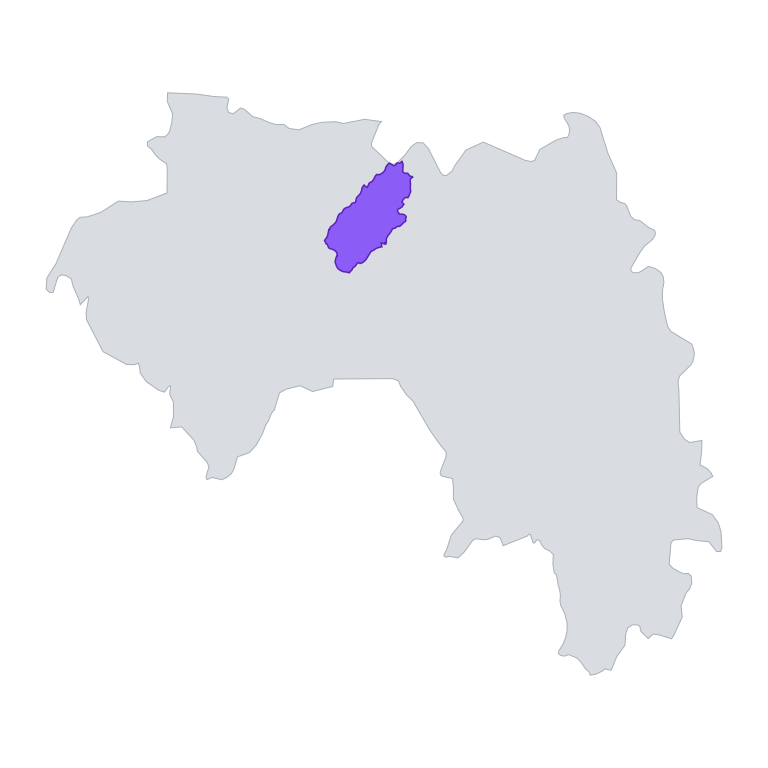 location of Tougue, Tougué, Guinea
{"feature_id": "49546643B49131951551470", "entity_name": "Tougue", "entity_type": "district", "adm_level": 2, "iso_a3": "GIN", "parent_name": "Guinea", "parent_adm1": "Tougué", "projection": "natural_earth1", "projection_center": [-11.477, 11.51], "detail": "fine", "context": "in_parent", "style": "filled", "palette": "violet", "viewbox_px": 768, "rotation_deg": 0, "n_neighbors": 0, "source": "geoboundaries", "source_scale": "gbopen_adm2", "svg_char_len": 6961}
<svg xmlns="http://www.w3.org/2000/svg" viewBox="0 0 768 768"><path d="M483.1,539.8L476.0,538.7L472.8,540.3L463.5,552.9L457.9,557.9L449.2,556.3L446.0,557.2L443.7,555.8L446.9,548.8L451.4,535.0L462.9,521.1L463.1,518.2L458.4,510.1L453.4,499.0L453.4,487.2L452.5,478.6L442.3,476.2L440.4,474.7L440.2,471.9L445.9,457.0L446.3,454.0L445.6,451.4L439.4,443.8L429.6,429.8L412.9,401.0L406.6,395.0L400.6,386.2L398.3,380.6L392.1,378.6L333.7,379.0L332.6,386.5L312.5,391.5L300.1,385.7L286.3,389.1L279.5,392.9L274.4,409.7L271.4,413.3L268.5,420.8L265.7,425.0L262.7,433.3L256.2,445.1L249.3,452.7L237.5,456.8L233.9,469.2L231.2,473.9L226.6,477.5L221.8,479.8L212.2,477.4L206.9,479.7L206.0,476.5L209.0,466.7L206.6,461.6L197.4,451.4L196.6,446.4L193.8,440.1L181.7,426.9L170.4,427.8L173.5,416.7L173.4,402.1L169.6,394.1L170.6,385.9L168.5,386.4L164.7,392.1L158.7,390.3L146.3,381.6L140.2,373.1L139.5,365.9L138.1,363.2L134.3,364.7L126.6,364.5L103.1,351.7L86.5,319.6L86.1,312.3L88.5,299.8L88.0,296.4L80.3,304.7L78.8,299.2L73.0,286.2L71.3,278.8L65.7,275.5L61.2,274.9L57.7,277.4L53.1,292.5L49.6,292.4L46.1,289.2L46.9,277.9L55.9,263.8L71.2,228.3L76.6,220.1L80.0,217.3L87.2,216.9L101.1,212.2L118.3,201.1L131.4,201.9L146.9,200.6L167.0,193.0L167.3,169.1L166.6,163.8L159.5,159.0L155.3,154.8L151.7,149.5L147.4,145.8L147.5,141.8L156.5,136.7L164.7,136.8L167.4,134.8L169.5,131.4L171.8,122.8L172.6,113.7L167.3,101.5L167.6,92.8L197.2,94.1L213.4,96.5L226.7,97.2L228.8,99.1L226.9,107.5L228.6,112.5L233.1,113.8L240.6,108.0L244.4,109.3L252.7,116.6L260.5,118.6L268.9,122.5L276.8,124.7L283.8,124.4L289.2,128.5L299.0,129.8L311.8,124.6L321.8,122.3L335.8,121.7L343.2,123.5L364.6,119.3L381.5,121.6L378.9,124.5L371.2,143.6L372.1,147.0L389.2,163.2L393.3,164.4L397.9,162.1L405.3,154.7L411.1,146.6L416.7,142.6L423.2,142.9L428.4,148.6L440.6,172.6L443.7,175.6L446.6,175.5L452.0,171.1L454.7,165.8L466.0,150.0L483.4,142.1L525.0,160.3L531.1,161.6L534.7,160.3L539.8,149.5L555.5,140.4L563.0,137.8L567.3,137.5L568.9,134.6L569.7,130.2L568.8,125.7L564.0,117.6L563.8,115.2L566.6,113.6L572.5,112.5L580.2,113.2L588.9,116.8L596.0,121.8L600.1,127.9L607.9,153.2L616.7,173.1L616.5,199.7L620.3,202.3L624.6,203.5L626.6,205.6L630.9,216.6L634.9,219.8L639.7,220.5L648.7,227.5L654.5,230.3L655.3,232.4L655.1,235.3L652.9,239.0L644.2,246.4L639.9,252.6L631.1,267.7L630.8,270.5L632.7,272.5L636.4,272.9L640.3,271.9L648.4,266.4L654.9,268.3L661.0,272.5L663.3,276.9L663.9,282.6L662.5,290.0L662.3,298.3L664.4,312.3L667.6,326.4L670.9,331.5L691.5,343.9L693.4,348.5L694.5,353.7L693.0,360.9L690.9,364.9L679.7,375.9L678.0,381.1L678.9,390.8L679.8,432.0L684.3,439.0L689.5,442.5L701.9,440.5L701.6,452.0L700.0,464.8L707.2,468.7L710.8,472.6L712.9,476.3L701.5,483.1L698.2,487.1L696.7,497.8L697.1,507.6L712.4,514.7L718.3,523.0L721.0,531.6L721.9,547.8L720.6,551.5L716.6,551.5L708.8,541.7L696.9,540.6L688.1,538.7L673.4,540.0L670.9,543.0L669.2,564.5L672.8,568.1L679.8,572.2L684.4,573.9L688.3,573.4L691.2,576.1L691.8,583.2L689.8,588.4L686.0,593.2L681.1,605.7L682.2,617.1L673.9,635.2L671.6,638.8L660.5,635.2L653.4,634.0L648.2,638.6L641.0,631.5L639.7,626.0L637.0,624.8L632.2,624.8L627.8,627.9L625.8,633.6L624.9,645.3L616.8,656.4L611.2,670.2L604.6,668.9L603.2,670.6L596.2,674.1L590.3,675.2L588.7,671.5L585.2,668.5L581.3,662.6L576.8,657.9L568.4,654.6L565.0,656.1L561.1,655.7L558.4,653.8L558.8,651.0L563.2,643.8L565.7,637.2L567.1,630.0L567.1,623.1L564.7,613.4L560.9,605.8L560.0,601.3L560.4,595.0L559.5,589.1L558.3,586.0L556.5,574.8L554.2,572.8L552.9,563.8L553.3,554.6L550.0,551.2L544.8,548.6L541.8,545.0L539.9,541.0L538.1,539.9L536.5,540.1L535.0,542.6L533.3,543.1L530.3,534.5L529.1,534.2L527.0,536.2L503.1,545.7L500.1,537.6L495.5,536.1L487.7,539.4L483.1,539.8Z" fill="#d9dde1" stroke="#a8b0b8" stroke-width="1"/><path d="M349.1,272.9L352.3,269.4L352.7,267.9L354.1,267.1L355.0,266.3L355.5,265.8L356.0,265.2L356.6,264.2L356.9,263.8L357.7,262.9L358.2,262.5L360.0,263.5L361.1,263.2L362.7,262.5L364.3,261.2L365.8,259.8L367.8,256.6L370.9,251.7L374.6,249.6L376.3,248.3L380.0,247.2L381.4,246.7L381.8,246.8L381.7,246.1L381.5,244.9L381.2,242.8L382.4,243.0L383.6,243.8L385.4,244.2L384.9,242.8L386.3,243.0L386.3,238.6L388.0,235.6L390.6,232.3L392.6,228.7L395.2,228.1L396.7,226.8L397.7,226.4L399.8,226.3L400.6,225.5L401.5,224.8L402.5,223.8L404.0,222.2L405.1,221.8L405.9,220.4L405.6,219.0L405.5,218.0L406.2,217.6L406.1,216.3L405.5,215.8L404.6,214.9L403.2,214.3L401.7,214.1L401.1,214.2L399.2,214.2L398.6,212.6L397.6,211.5L397.6,210.3L398.0,209.1L399.5,208.6L401.0,207.6L401.9,207.1L402.5,206.1L403.4,204.9L403.9,204.5L403.4,203.4L402.6,202.8L402.0,202.5L402.0,201.7L402.9,200.2L404.2,198.3L406.0,197.4L407.9,197.7L408.9,196.1L409.8,193.6L410.7,191.5L410.3,187.7L410.5,185.0L410.4,182.2L410.1,180.2L410.6,178.8L411.7,177.9L412.7,177.3L412.3,176.6L410.8,176.3L409.6,175.8L408.6,174.4L407.9,173.4L406.8,173.2L405.8,173.3L405.4,173.6L404.0,172.8L403.2,172.0L402.5,171.0L402.9,169.5L403.0,167.0L403.1,165.6L402.9,163.6L402.4,162.2L402.0,161.5L401.9,161.3L401.3,161.7L400.8,162.6L400.3,162.9L399.5,163.2L397.7,162.9L396.6,163.5L395.3,165.2L394.5,165.6L393.6,165.6L389.9,163.4L389.3,163.0L389.1,163.2L388.8,163.8L388.7,163.8L388.1,164.2L387.7,164.5L387.3,165.0L387.0,165.3L386.7,165.8L386.4,166.3L386.0,166.8L385.9,167.2L385.6,167.9L385.5,168.5L385.4,169.0L385.0,169.7L384.7,170.5L384.3,171.1L384.0,171.5L383.5,172.1L383.0,172.5L382.7,172.8L382.2,173.1L381.7,173.3L381.4,173.5L381.2,173.7L380.8,174.0L380.5,174.1L380.3,174.2L380.1,174.3L379.9,174.4L379.6,174.5L379.2,174.6L379.1,174.8L378.5,174.6L378.1,174.6L377.8,174.5L377.4,174.4L376.9,174.5L376.5,174.7L376.3,174.9L375.9,175.3L375.6,175.6L375.4,176.0L375.1,176.5L374.9,177.0L374.5,177.5L374.3,178.1L374.1,178.5L373.9,178.9L373.6,179.4L373.4,179.8L373.1,180.1L372.7,180.7L372.4,181.1L371.9,181.5L371.6,181.9L371.3,182.1L370.6,182.2L370.1,182.4L369.9,182.5L369.6,182.7L369.3,183.0L369.2,183.2L369.1,183.3L369.0,183.6L368.7,184.1L368.6,184.5L368.4,184.8L368.2,185.2L368.1,185.6L368.0,186.0L367.7,186.5L367.3,187.0L367.1,187.4L365.4,186.2L364.6,185.6L364.1,185.0L363.4,185.7L361.9,188.3L361.6,190.5L360.2,193.9L358.1,196.0L356.7,197.4L356.3,198.7L355.8,200.8L355.8,201.1L355.8,201.6L355.7,201.9L355.6,202.2L355.3,202.3L355.0,202.5L354.7,202.7L354.3,202.7L353.9,202.9L353.5,202.9L353.2,202.9L352.8,203.1L352.5,203.2L352.1,203.3L351.6,203.7L351.3,204.2L351.2,204.4L350.9,204.8L350.7,205.6L349.3,206.5L349.0,206.7L348.7,207.0L348.2,207.1L347.3,207.3L346.1,207.7L344.9,208.3L343.6,209.4L342.2,212.3L339.1,214.2L338.4,215.3L337.5,217.5L336.7,220.4L335.6,222.5L333.0,225.1L330.3,227.1L329.6,229.4L328.8,229.4L328.8,229.8L328.4,231.8L327.8,234.9L327.3,236.2L326.8,237.3L324.5,240.5L325.3,241.8L325.9,243.8L327.3,244.2L327.7,245.3L328.2,246.8L329.1,248.2L329.5,248.4L333.5,249.7L335.1,250.7L336.7,252.5L337.2,254.8L337.3,256.1L336.7,256.0L335.7,258.9L335.2,260.9L335.2,262.5L335.9,264.3L336.4,266.0L337.8,268.5L338.1,268.8L340.9,270.7L343.4,271.7L345.4,271.9L347.0,272.3L348.2,272.3L349.1,272.9Z" fill="#8b5cf6" stroke="#5b21b6" stroke-width="1.5"/></svg>